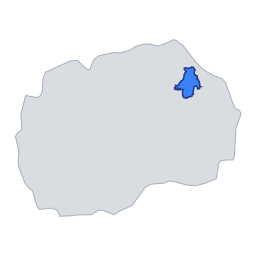 location of Kochani, Kočani, North Macedonia
{"feature_id": "65306769B7034673009325", "entity_name": "Kochani", "entity_type": "district", "adm_level": 2, "iso_a3": "MKD", "parent_name": "North Macedonia", "parent_adm1": "Kočani", "projection": "orthographic", "projection_center": [22.415, 41.994], "detail": "fine", "context": "in_parent", "style": "filled", "palette": "blue", "viewbox_px": 256, "rotation_deg": 0, "n_neighbors": 0, "source": "geoboundaries", "source_scale": "gbopen_adm2", "svg_char_len": 2358}
<svg xmlns="http://www.w3.org/2000/svg" viewBox="0 0 256 256"><path d="M114.4,52.4L119.3,53.1L129.8,50.2L136.4,46.0L139.8,45.4L144.2,43.9L150.6,44.1L157.1,46.0L165.4,43.6L173.5,39.7L176.7,40.7L180.2,44.0L182.5,44.9L196.0,62.5L203.4,69.6L212.1,74.9L222.1,78.8L225.6,82.6L232.1,101.2L235.2,108.3L239.4,110.4L240.4,112.4L240.6,115.1L236.0,128.2L234.2,157.6L233.0,160.0L228.0,159.9L221.3,160.5L218.8,162.8L216.2,178.6L205.4,183.2L195.7,185.7L187.5,185.2L173.0,181.4L168.3,181.0L164.2,183.1L151.3,184.2L145.6,186.9L132.2,205.3L118.6,211.6L114.0,214.8L103.7,210.6L98.7,210.1L91.5,214.7L75.8,215.0L71.6,215.7L59.5,216.3L59.0,213.7L56.9,210.0L51.3,208.1L39.7,209.4L37.0,206.6L32.5,190.8L28.9,188.2L24.9,182.9L18.3,165.7L18.3,158.2L18.9,151.7L15.4,136.3L17.8,132.5L21.5,130.2L21.6,124.0L20.8,114.6L25.4,96.4L26.6,95.1L27.7,96.0L37.8,97.6L40.5,95.4L42.3,91.8L43.1,78.3L45.6,72.2L70.4,60.8L77.7,60.5L83.1,66.0L87.5,69.5L90.1,69.5L91.1,66.0L94.2,59.3L99.3,55.5L114.3,52.4L114.4,52.4Z" fill="#d9dde1" stroke="#a8b0b8" stroke-width="1"/><path d="M200.5,86.8L200.1,86.7L200.2,86.4L199.9,86.2L199.7,85.7L199.9,85.4L199.5,84.5L199.7,83.3L199.4,83.1L199.1,81.9L199.2,81.4L198.8,80.9L198.2,80.7L198.1,79.4L197.7,79.6L196.8,79.0L197.2,78.7L197.3,76.2L196.7,75.7L195.3,75.5L195.5,75.2L194.6,74.3L194.4,73.6L194.1,72.0L194.4,71.2L195.0,70.5L195.0,69.6L193.1,67.3L191.9,67.1L192.0,67.4L190.6,67.9L189.7,67.8L188.6,68.5L187.9,68.5L187.0,67.9L185.9,67.7L184.2,68.4L184.3,69.2L186.3,71.7L185.9,71.9L185.8,72.2L185.6,72.1L185.6,72.4L184.7,73.2L184.6,74.2L184.1,74.5L184.0,75.1L184.2,76.3L184.0,77.0L183.5,77.4L183.4,79.1L182.5,80.2L180.7,81.2L180.6,81.7L180.8,81.9L179.7,82.5L179.2,83.7L178.1,85.1L176.8,85.8L175.7,85.4L175.9,86.2L175.8,86.7L175.2,87.0L175.3,87.4L174.6,87.6L174.7,89.0L175.5,89.5L176.4,89.4L177.1,89.7L176.9,89.0L177.7,88.2L179.0,89.7L179.6,89.8L179.6,89.0L179.9,88.5L180.6,89.2L180.5,89.6L183.0,89.5L183.1,90.2L182.5,91.8L182.6,95.2L183.1,95.3L183.1,96.9L183.9,97.2L184.1,97.6L184.6,97.5L185.4,98.2L186.3,98.1L187.0,97.6L187.2,97.9L187.8,97.3L188.9,96.7L189.8,96.9L192.0,96.0L191.9,95.6L192.3,94.8L193.2,94.3L192.9,94.0L193.3,93.2L192.8,92.3L193.5,91.0L193.2,90.1L193.6,89.8L193.9,87.0L195.1,86.3L195.1,86.0L195.4,85.7L196.1,85.9L197.1,86.8L197.3,88.6L198.0,89.1L198.7,88.9L199.6,88.3L199.4,87.1L200.5,86.8Z" fill="#3b82f6" stroke="#1e3a8a" stroke-width="1.5"/></svg>